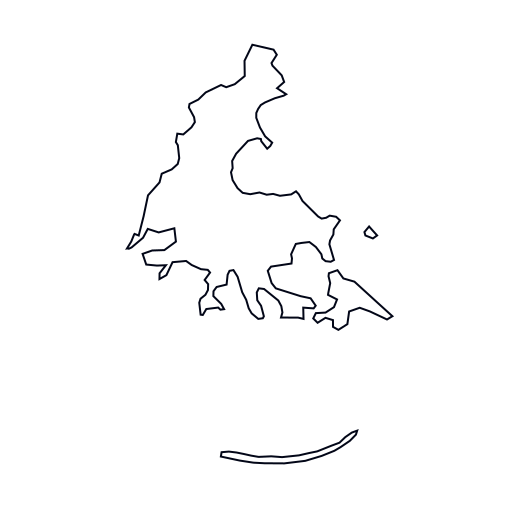 outline of St. Bernard, Louisiana, United States of America, rotated 82°
{"feature_id": "52423323B38935818871161", "entity_name": "St. Bernard", "entity_type": "district", "adm_level": 2, "iso_a3": "USA", "parent_name": "United States of America", "parent_adm1": "Louisiana", "projection": "equal_earth", "projection_center": [-89.414, 29.891], "detail": "fine", "context": "isolated", "style": "outline", "palette": "ink", "viewbox_px": 512, "rotation_deg": 82, "n_neighbors": 0, "source": "geoboundaries", "source_scale": "gbopen_adm2", "svg_char_len": 2875}
<svg xmlns="http://www.w3.org/2000/svg" viewBox="0 0 512 512"><g transform="rotate(82 256 256)"><path d="M101.1,206.3L100.0,203.6L92.8,211.8L87.6,203.9L80.7,205.4L69.8,213.2L67.1,213.8L59.6,207.4L54.1,209.9L46.3,230.2L61.1,240.2L76.2,242.1L82.9,253.1L84.7,262.0L81.8,266.8L87.0,283.0L93.1,291.4L96.2,300.7L99.6,301.8L109.9,298.0L114.9,297.9L119.6,302.0L125.5,311.1L123.9,316.9L132.0,319.5L135.4,318.0L148.4,318.4L154.0,320.7L158.5,327.4L161.4,337.9L169.7,341.3L180.9,354.5L201.1,361.8L219.4,369.3L217.2,373.2L217.9,373.8L224.3,377.5L230.6,382.7L230.6,382.4L231.1,380.9L230.2,378.0L222.2,365.3L214.1,359.4L219.1,349.1L217.2,333.0L230.6,333.3L237.4,345.9L236.1,358.0L238.1,368.0L249.2,365.9L251.7,355.4L252.6,346.5L259.7,353.9L265.4,354.8L262.5,347.4L250.5,339.5L251.2,325.9L256.0,320.9L261.4,312.3L263.0,305.7L266.0,303.8L272.6,310.2L277.2,307.3L283.0,308.3L287.4,311.5L290.6,316.9L294.4,318.7L306.4,319.0L307.0,316.9L301.6,312.6L301.8,300.6L304.2,298.7L304.2,295.0L298.6,297.1L289.8,303.8L285.0,303.0L281.2,299.3L280.2,289.1L270.6,286.7L267.0,284.3L266.8,280.3L274.0,277.1L290.0,274.7L298.0,271.8L306.8,270.5L312.2,268.3L318.6,262.5L318.6,257.9L316.8,256.6L306.0,257.9L300.0,260.9L292.2,260.3L288.4,257.7L289.8,252.6L303.2,240.1L309.2,237.9L315.6,237.7L320.4,239.8L322.9,222.8L324.9,217.7L313.7,216.4L315.9,206.2L313.5,203.8L305.5,207.8L302.0,217.4L290.8,240.9L285.0,244.3L272.3,246.4L268.6,242.6L268.4,221.9L263.4,220.7L259.2,221.0L249.6,214.9L249.4,209.1L249.6,201.2L253.1,197.7L255.5,195.4L263.4,191.0L267.7,190.7L270.8,187.8L272.1,182.8L270.8,179.3L254.6,181.7L250.9,180.5L245.5,176.4L240.4,175.3L232.4,167.9L228.3,171.2L226.3,177.4L227.9,181.2L228.1,185.8L225.5,189.0L208.0,202.3L200.9,205.0L197.5,207.4L199.9,212.6L199.7,223.9L196.9,230.4L196.8,236.9L193.6,243.7L194.0,253.1L191.6,260.4L186.3,264.8L177.6,268.6L169.6,269.1L165.8,266.9L158.6,266.4L151.9,261.4L140.9,247.9L139.6,238.5L140.8,234.9L143.1,234.8L151.3,230.0L149.1,226.6L146.0,224.2L138.8,230.3L129.3,234.2L119.2,236.5L114.4,235.8L110.6,233.4L109.3,232.2L107.2,230.3L105.2,225.7L102.4,215.4L101.6,209.8L101.1,206.3ZM281.4,177.3L283.2,186.2L286.1,187.0L293.2,186.3L302.8,189.6L304.5,190.1L310.3,181.8L317.5,185.9L321.7,195.0L320.9,204.7L325.8,208.0L330.7,204.3L326.9,195.8L330.2,188.7L336.9,189.6L340.6,184.7L336.2,175.0L323.9,171.5L321.7,160.5L326.7,151.0L337.1,135.1L334.6,129.3L319.6,141.8L295.1,162.1L290.4,172.6L281.4,177.3ZM443.0,180.1L444.2,185.7L447.8,192.8L452.5,199.3L454.3,207.5L458.0,222.6L458.5,230.7L459.4,241.2L458.8,258.2L456.5,268.7L455.3,281.4L453.0,288.6L450.3,295.8L447.9,302.6L445.9,310.1L445.5,317.4L449.7,318.7L456.3,300.6L460.3,287.3L462.4,276.5L465.3,256.8L465.7,235.7L463.1,218.8L459.8,205.5L457.1,199.0L452.1,188.8L446.8,181.9L443.0,180.1ZM246.3,137.4L242.5,139.9L247.4,145.3L250.9,144.8L254.9,137.8L252.5,133.2L246.3,137.4Z" fill="none" stroke="#020617" stroke-width="2"/></g></svg>